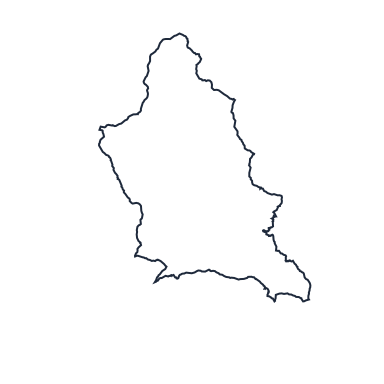 Nistoresti, Vrancea, Romania, rotated 63°
{"feature_id": "2599482B47206527593965", "entity_name": "Nistoresti", "entity_type": "district", "adm_level": 2, "iso_a3": "ROU", "parent_name": "Romania", "parent_adm1": "Vrancea", "projection": "orthographic", "projection_center": [26.576, 45.784], "detail": "fine", "context": "isolated", "style": "outline", "palette": "slate", "viewbox_px": 384, "rotation_deg": 63, "n_neighbors": 0, "source": "geoboundaries", "source_scale": "gbopen_adm2", "svg_char_len": 6057}
<svg xmlns="http://www.w3.org/2000/svg" viewBox="0 0 384 384"><g transform="rotate(63 192 192)"><path d="M255.5,266.1L255.6,264.8L255.2,264.5L255.5,262.7L254.2,260.3L254.4,258.8L254.9,258.1L254.7,253.6L256.5,251.5L256.4,250.4L256.9,249.5L256.6,248.8L256.7,248.1L257.5,248.0L257.3,247.5L257.5,246.1L260.4,245.8L261.0,244.8L262.0,245.0L262.5,244.5L262.6,243.4L260.8,241.5L260.3,240.4L260.5,239.5L260.3,238.4L260.6,237.0L261.1,236.1L261.2,233.8L264.3,229.1L264.9,226.2L264.7,223.6L264.8,222.0L266.1,220.0L267.2,219.4L268.9,216.4L268.9,212.2L269.3,211.7L270.6,211.5L271.2,210.9L271.8,209.0L272.9,207.5L274.7,206.7L276.5,205.1L277.9,204.8L279.5,202.6L281.5,201.5L283.2,200.1L285.0,197.5L285.9,197.0L286.1,196.0L287.7,193.5L291.2,190.2L291.5,188.6L293.0,185.2L293.6,181.8L293.1,180.5L294.5,177.5L295.3,176.8L296.2,175.4L298.4,174.9L298.5,174.4L302.7,172.2L304.2,172.0L307.0,170.7L308.0,170.8L308.7,170.2L310.0,170.1L311.0,171.2L311.1,170.8L311.4,170.7L310.9,169.8L312.6,168.6L314.6,168.5L315.8,168.8L316.1,169.1L315.7,169.4L317.2,170.6L317.8,171.4L319.0,172.0L320.0,170.6L321.9,169.4L322.8,169.3L323.6,168.3L326.9,168.2L326.7,167.4L326.0,167.2L324.7,165.8L321.7,164.0L322.2,160.3L323.0,158.2L324.6,156.3L325.7,152.9L327.3,152.0L328.5,150.0L330.0,149.0L331.3,147.5L332.7,146.9L334.1,144.5L335.9,143.4L336.3,142.8L337.1,143.0L339.9,142.7L340.3,141.6L340.3,139.7L340.9,136.6L339.7,136.7L337.4,135.5L335.7,133.9L334.9,133.7L332.9,131.8L331.5,131.0L330.8,130.1L329.1,129.0L327.8,128.6L326.2,128.4L322.7,128.8L321.4,129.9L319.3,130.4L315.3,129.4L314.4,129.6L313.3,130.5L312.6,130.6L311.4,131.8L310.4,131.6L308.8,132.4L306.8,132.4L306.5,132.0L305.2,132.5L303.9,132.4L302.5,133.1L299.1,133.3L299.2,134.5L299.0,135.0L298.1,135.5L298.0,135.8L297.3,135.9L297.1,136.6L297.5,137.4L297.3,138.1L296.7,138.3L296.6,139.6L295.6,139.8L294.6,138.9L292.9,138.2L292.0,137.3L290.9,137.4L289.5,138.9L287.7,139.7L287.0,140.8L283.9,141.2L283.1,142.9L282.2,143.2L282.1,143.6L279.0,141.6L275.3,141.6L274.1,141.0L273.3,141.3L271.6,141.0L268.2,139.6L267.0,139.5L266.5,139.8L266.5,141.1L266.8,141.8L266.2,142.2L266.1,142.7L266.3,143.0L266.1,143.5L265.3,143.4L263.5,145.0L262.5,144.3L261.5,144.2L261.2,144.9L259.4,146.4L258.6,146.2L258.6,145.3L260.5,144.1L261.0,142.8L261.5,142.3L261.5,141.7L260.9,141.2L260.8,140.3L260.1,140.2L260.0,139.8L259.3,140.2L258.9,140.0L259.3,138.8L259.3,137.7L259.7,137.2L259.4,135.4L255.3,133.6L255.2,133.3L254.7,133.5L254.3,132.6L253.4,132.0L251.9,132.9L252.0,131.6L250.6,130.2L251.6,130.0L251.7,129.3L251.5,129.0L251.9,128.2L248.2,128.2L246.9,128.7L246.6,127.8L246.5,124.7L244.4,122.1L244.0,122.2L243.9,121.3L244.4,120.1L243.7,119.8L242.5,117.1L240.7,115.9L239.3,115.6L237.5,114.2L236.1,114.0L234.6,115.5L233.9,117.1L231.1,119.9L230.6,122.0L227.2,125.2L225.3,126.0L223.9,127.3L221.2,127.3L220.3,128.7L220.0,128.6L220.2,128.3L219.7,128.4L220.0,129.7L218.9,129.2L217.8,130.5L215.9,131.5L214.2,133.5L212.6,134.4L210.8,134.1L209.3,133.4L207.3,133.9L206.2,133.2L204.2,133.9L200.9,132.2L196.9,128.7L194.0,129.0L193.6,128.3L192.9,128.1L192.0,127.1L188.8,125.2L188.2,123.3L186.4,120.8L186.6,119.7L186.2,119.3L183.4,121.1L182.0,121.3L181.1,121.9L180.2,123.4L177.2,125.2L174.5,124.1L172.9,124.6L171.5,124.3L169.3,124.6L168.0,124.3L166.5,125.2L165.2,125.1L162.1,125.7L161.6,125.7L160.5,124.8L158.6,123.9L153.1,124.7L148.2,121.0L145.3,121.5L142.6,120.2L140.3,119.7L139.1,120.6L138.4,120.5L135.5,117.8L133.1,116.4L130.5,113.5L129.6,112.0L128.6,112.6L128.0,112.6L127.9,113.0L128.0,113.9L127.0,114.5L126.0,115.8L122.6,117.1L119.4,119.1L113.5,122.0L112.2,123.5L111.1,126.1L108.2,127.1L105.5,125.5L103.0,124.9L100.8,125.6L99.7,127.1L99.6,129.0L98.1,129.7L97.7,131.1L97.2,132.1L96.0,132.2L94.3,134.0L88.2,134.3L86.2,132.7L84.4,132.5L82.1,130.8L80.8,130.4L80.6,128.7L80.1,127.7L79.8,126.2L77.7,123.5L77.3,123.3L76.5,123.6L75.1,123.5L74.5,123.9L72.5,123.2L71.5,124.6L71.1,126.0L69.6,126.2L69.1,127.0L67.0,127.8L66.1,127.8L62.9,128.9L61.7,130.0L61.0,130.2L59.2,129.8L56.6,127.3L55.7,127.5L54.9,126.9L54.1,127.0L53.3,126.5L52.3,127.0L51.1,126.8L50.1,127.2L49.0,128.3L47.9,128.8L45.1,131.2L45.3,135.0L44.9,136.8L45.8,142.0L43.7,146.1L43.2,147.6L43.1,148.8L44.9,153.0L48.8,157.2L49.1,159.1L50.2,160.9L50.8,164.5L50.8,165.6L51.1,166.5L52.3,167.9L56.3,169.9L58.1,172.2L58.5,173.2L59.8,174.4L64.4,175.7L68.2,179.6L68.7,181.2L71.5,184.9L72.8,185.3L74.4,185.1L75.4,184.4L78.2,183.6L79.8,184.1L80.5,185.4L81.2,186.0L83.9,186.4L85.1,187.0L86.9,188.4L87.5,189.2L88.0,190.2L88.5,192.5L89.8,194.4L90.1,195.3L94.7,199.8L96.2,200.5L96.6,201.1L97.0,201.9L97.2,204.0L98.1,204.9L97.6,205.6L97.4,206.5L96.2,209.1L96.1,212.7L96.3,214.7L97.2,215.5L98.0,217.1L97.8,219.2L98.9,223.9L98.4,226.2L98.6,229.9L98.1,231.1L96.5,232.3L96.6,232.9L94.2,236.0L93.9,237.8L94.7,239.3L94.8,240.4L92.3,243.7L94.6,246.2L96.3,244.0L96.8,243.8L98.6,244.6L100.0,244.6L102.8,245.3L103.9,249.7L105.4,251.3L106.2,251.7L106.9,252.9L108.4,253.7L115.8,253.3L117.5,252.4L119.9,251.7L121.3,250.3L122.3,249.8L123.2,250.0L124.2,249.4L126.2,249.5L126.8,250.1L127.5,249.9L131.6,250.5L132.6,251.3L135.2,250.8L136.6,251.9L139.9,251.9L141.4,251.4L143.9,251.0L145.2,251.9L146.0,251.6L146.7,252.3L147.6,251.5L148.3,251.3L154.4,251.8L155.2,252.5L156.3,252.1L158.4,252.5L159.9,251.9L161.0,252.8L161.8,252.8L163.3,252.3L167.7,251.7L169.4,250.8L170.6,250.9L171.8,251.6L174.4,250.8L175.4,250.1L176.4,246.6L177.8,244.9L179.4,244.1L181.3,243.8L185.7,245.7L187.9,246.1L189.5,246.1L192.5,248.4L193.0,249.2L193.0,249.7L193.4,250.6L197.3,252.1L197.6,253.3L197.5,254.6L198.2,256.4L200.9,258.5L202.6,259.0L204.6,260.5L208.0,261.8L211.4,261.9L213.6,260.9L213.9,261.4L214.8,261.2L216.2,261.5L217.1,264.8L218.0,266.5L219.5,267.1L220.8,268.1L221.2,269.7L223.0,271.8L223.6,272.0L223.8,269.9L224.4,269.0L227.9,265.5L228.4,264.7L229.8,263.8L230.2,262.8L232.2,261.9L233.4,260.4L235.2,259.1L235.6,257.6L236.8,256.2L236.5,254.7L236.8,254.0L236.6,253.6L236.9,253.1L239.3,251.3L243.7,249.5L245.5,249.2L246.9,248.6L248.5,250.8L248.9,254.3L250.8,258.2L251.0,259.6L251.8,260.5L252.2,261.9L254.3,264.1L255.5,266.1Z" fill="none" stroke="#1e293b" stroke-width="2"/></g></svg>